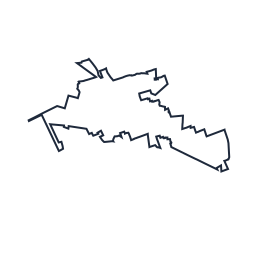 outline of Maxcanú, Yucatán, Mexico, rotated 334°
{"feature_id": "50627088B53037445853541", "entity_name": "Maxcanú", "entity_type": "district", "adm_level": 2, "iso_a3": "MEX", "parent_name": "Mexico", "parent_adm1": "Yucatán", "projection": "albers", "projection_center": [-90.068, 20.597], "detail": "fine", "context": "isolated", "style": "outline", "palette": "slate", "viewbox_px": 256, "rotation_deg": 334, "n_neighbors": 0, "source": "geoboundaries", "source_scale": "gbopen_adm2", "svg_char_len": 5020}
<svg xmlns="http://www.w3.org/2000/svg" viewBox="0 0 256 256"><g transform="rotate(334 128 128)"><path d="M42.0,78.3L56.2,78.3L55.8,118.4L57.0,118.4L60.5,118.2L61.3,115.6L62.1,111.2L59.4,110.6L59.7,90.5L60.8,91.2L62.3,92.1L71.6,97.7L70.8,98.9L74.1,102.4L75.5,100.3L90.3,110.5L90.4,116.4L91.3,116.4L93.3,116.5L93.3,118.2L93.4,119.7L98.7,120.2L98.7,119.9L98.7,119.5L98.6,118.9L100.1,118.8L101.0,118.7L102.5,118.6L102.5,119.0L102.5,119.5L102.5,120.6L102.5,121.8L102.5,122.6L102.5,123.7L101.8,123.7L100.9,123.7L99.8,123.6L98.9,123.6L99.0,124.4L99.1,125.0L99.3,126.2L99.4,127.2L99.6,127.8L99.7,128.3L99.9,128.8L100.1,129.3L100.4,130.1L101.4,130.5L102.7,131.0L108.2,133.0L108.4,133.1L108.5,133.3L108.8,133.5L108.7,133.0L109.3,132.5L109.4,132.4L109.5,132.2L109.9,131.6L110.1,131.5L110.2,131.4L110.8,130.9L111.2,130.5L111.5,130.3L111.8,130.1L112.3,129.7L112.9,130.0L113.3,130.1L113.6,130.3L113.8,130.3L114.4,130.6L114.8,130.7L115.2,130.8L115.7,130.8L116.2,130.9L116.6,130.9L116.8,130.9L117.1,131.4L117.2,131.7L117.7,132.6L117.8,132.7L118.1,133.1L118.2,133.3L118.3,132.7L118.4,131.8L118.6,130.6L118.7,129.1L120.2,129.3L121.2,129.4L122.0,129.5L123.0,129.6L122.9,131.4L122.8,131.7L123.1,131.7L124.4,131.8L124.7,131.9L125.5,132.2L126.2,132.4L126.3,133.5L126.2,134.3L126.1,135.7L126.1,135.8L126.1,136.4L126.0,137.0L125.8,138.3L125.8,138.8L125.7,138.9L125.7,139.4L125.6,140.0L125.5,140.3L126.1,140.4L126.3,140.4L126.5,140.4L127.2,140.4L127.4,140.4L127.8,140.5L128.2,140.5L128.4,140.4L128.6,140.5L128.8,140.5L129.0,140.4L129.3,140.4L129.5,140.4L129.9,140.5L130.1,140.5L130.3,140.5L130.6,140.6L131.2,140.7L131.3,140.7L131.8,140.7L132.5,140.8L132.8,140.8L133.1,140.8L133.4,140.9L138.1,141.4L143.2,141.9L142.8,142.8L142.7,143.1L140.0,151.2L139.7,152.1L138.9,154.5L139.0,154.5L144.1,155.2L144.9,155.3L145.3,156.4L145.4,157.2L145.8,158.1L146.2,158.4L146.7,158.6L147.6,159.4L148.3,160.1L149.0,153.0L149.1,151.9L149.1,151.2L149.6,148.1L153.1,148.8L152.9,150.2L153.0,150.2L152.9,151.0L155.6,151.3L155.5,152.3L155.9,152.4L155.9,153.0L157.2,153.3L157.5,153.0L159.2,153.8L158.5,155.4L160.9,156.4L160.4,158.2L160.3,158.4L160.6,160.0L160.1,160.4L160.0,160.7L159.5,160.6L159.2,160.5L158.9,162.4L158.9,162.5L158.6,164.2L158.8,164.4L169.8,178.6L175.0,185.2L176.1,186.5L181.9,194.0L188.1,201.9L190.1,204.5L190.2,202.8L195.2,202.4L192.9,208.0L199.9,208.7L200.2,199.8L201.1,200.0L203.6,200.1L204.4,200.1L204.5,200.2L204.8,200.0L204.9,199.7L205.1,199.7L206.2,198.6L211.5,186.0L211.6,185.8L212.0,184.3L212.6,182.0L212.9,179.7L213.2,177.4L213.5,175.0L213.9,172.1L214.0,171.8L195.0,170.0L195.1,168.6L195.4,167.0L195.4,166.6L195.6,165.5L195.7,164.3L195.9,163.5L196.0,162.6L194.8,162.5L193.5,162.4L192.3,162.3L191.2,162.2L190.0,162.2L189.2,162.2L188.1,162.0L187.5,162.0L187.1,162.0L187.3,159.9L187.8,156.0L184.4,155.3L185.1,153.6L182.2,153.4L181.4,153.4L180.8,153.3L180.2,153.3L179.4,153.1L178.4,153.0L176.3,152.7L178.5,148.7L178.9,148.0L179.3,147.5L182.8,141.0L181.9,140.6L171.6,136.7L171.9,134.2L172.0,133.2L172.2,132.2L171.9,132.1L171.7,132.1L171.4,131.9L171.4,131.7L171.5,131.3L171.8,131.0L171.9,130.7L172.3,130.7L172.4,130.1L172.6,127.9L169.3,127.9L170.5,125.2L169.6,124.5L169.3,124.3L166.7,122.1L166.3,121.9L166.4,120.6L167.7,118.7L167.8,116.2L166.8,116.0L163.2,115.6L163.3,115.4L162.2,115.2L161.3,115.0L161.5,114.1L159.5,113.7L159.6,113.2L160.1,111.0L158.5,110.8L158.6,109.9L154.2,109.2L152.0,108.8L152.4,104.7L152.5,104.3L153.2,101.9L164.5,103.9L164.1,107.1L167.0,110.3L182.9,105.8L184.0,97.0L182.7,96.7L182.5,96.8L181.8,96.8L181.7,96.9L179.8,96.9L177.6,96.2L176.5,96.1L176.2,97.2L175.9,97.0L174.4,96.9L173.2,96.3L173.7,95.1L175.1,95.7L177.2,90.9L178.8,87.2L177.0,86.8L174.1,86.6L171.8,86.2L169.4,85.7L169.2,87.7L166.7,86.0L166.1,85.7L164.7,85.0L164.4,84.7L163.4,84.4L162.5,84.4L162.1,84.2L161.1,83.8L159.9,83.1L158.6,83.1L157.6,83.3L154.4,82.6L154.2,82.1L153.5,81.9L152.7,81.3L150.7,80.8L149.0,80.5L146.9,80.3L145.6,80.3L135.6,78.8L135.3,77.4L134.6,74.8L133.8,69.2L134.0,66.9L134.4,64.8L133.6,64.9L131.3,64.8L127.8,64.4L127.2,71.3L125.6,71.1L124.6,67.8L125.7,63.4L125.4,59.5L124.4,54.3L123.1,48.8L122.5,49.0L122.2,48.9L121.9,49.2L120.8,48.9L115.6,48.0L114.8,48.9L110.6,47.3L121.7,68.2L121.4,68.2L120.6,68.1L120.2,68.0L119.9,68.0L119.1,67.9L117.9,67.7L116.8,67.5L116.0,67.4L115.4,67.3L114.8,67.2L114.6,67.2L114.0,67.1L113.6,67.0L112.7,66.9L111.7,66.7L110.7,66.5L110.2,66.4L109.7,66.4L108.1,66.1L107.9,66.0L107.6,65.9L107.3,65.8L106.7,65.6L106.0,65.4L105.3,65.1L104.2,64.7L103.9,64.7L103.9,65.1L103.9,65.4L103.8,65.9L103.8,66.3L103.7,66.3L103.6,66.5L103.3,66.5L103.0,66.5L102.7,66.5L102.4,66.6L102.2,66.6L102.0,66.8L101.8,67.0L101.7,67.3L101.6,67.5L101.4,68.0L101.3,68.3L101.1,68.7L101.0,68.9L100.7,69.4L100.5,69.7L100.3,69.9L100.1,70.2L99.8,70.4L99.6,70.5L99.7,71.0L100.1,72.2L100.1,72.3L100.2,72.5L100.2,73.1L100.2,73.8L100.2,74.3L100.2,74.5L99.9,74.9L99.3,75.6L96.0,79.2L94.8,78.0L88.7,72.8L79.8,82.6L74.7,77.9L74.1,77.4L73.9,77.2L57.0,77.3L56.2,77.3L53.0,77.4L48.2,77.5L42.1,77.5L42.0,78.3Z" fill="none" stroke="#1e293b" stroke-width="2"/></g></svg>